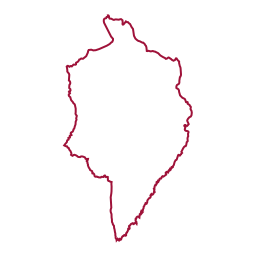 Emni Haili, Debub, Eritrea
{"feature_id": "51966322B75745826178298", "entity_name": "Emni Haili", "entity_type": "district", "adm_level": 2, "iso_a3": "ERI", "parent_name": "Eritrea", "parent_adm1": "Debub", "projection": "equal_earth", "projection_center": [38.709, 14.717], "detail": "fine", "context": "isolated", "style": "outline", "palette": "rose", "viewbox_px": 256, "rotation_deg": 0, "n_neighbors": 0, "source": "geoboundaries", "source_scale": "gbopen_adm2", "svg_char_len": 5826}
<svg xmlns="http://www.w3.org/2000/svg" viewBox="0 0 256 256"><path d="M188.7,124.1L187.4,121.3L187.2,120.7L187.3,120.1L188.0,118.8L189.3,117.3L190.8,116.5L191.5,115.2L191.8,112.7L191.5,110.9L190.6,109.3L190.5,108.8L190.8,107.6L190.7,106.6L190.0,106.0L189.5,104.9L187.8,103.9L187.7,103.4L187.7,102.3L187.2,102.0L186.4,102.3L186.0,102.1L185.2,99.7L184.7,98.9L182.3,97.7L180.1,95.4L179.1,91.9L179.0,90.6L178.5,89.4L177.6,88.7L176.5,88.2L176.3,87.1L176.5,86.0L177.0,85.0L178.8,83.9L179.3,82.9L179.4,81.7L179.3,81.1L179.9,77.1L180.3,76.8L180.9,75.4L181.0,74.4L180.6,68.6L180.4,67.3L179.8,66.0L179.1,63.0L179.1,61.5L177.8,60.3L176.5,58.4L175.9,58.4L175.0,60.0L173.5,60.7L171.8,59.8L171.2,59.1L170.0,58.4L169.4,57.8L168.4,57.5L166.7,58.7L165.7,58.8L165.1,58.1L162.9,57.0L160.3,55.4L158.2,53.2L154.8,51.5L154.1,51.5L152.8,51.0L150.8,51.4L148.3,50.8L147.4,51.1L146.8,51.0L146.4,47.3L145.9,45.8L145.3,45.2L144.5,43.8L143.1,42.6L142.5,42.7L139.8,41.3L138.3,40.9L137.1,40.1L135.4,38.6L134.0,35.8L133.0,29.0L131.5,26.9L130.1,24.1L129.1,23.4L127.9,22.1L127.0,22.2L125.9,21.4L124.4,23.4L123.4,24.5L122.8,24.6L122.6,24.4L122.5,23.5L122.7,23.1L122.5,20.3L121.2,19.2L120.3,19.2L118.8,19.7L115.9,19.4L115.0,19.5L114.0,19.9L113.4,19.8L111.2,18.7L109.8,18.7L109.6,18.6L109.1,17.6L109.0,16.4L108.7,15.8L108.4,15.4L107.9,15.4L108.0,16.3L107.7,16.9L106.6,17.0L106.1,18.2L104.6,18.6L104.1,19.1L103.8,19.9L103.8,21.4L104.1,22.8L111.1,36.6L113.0,38.8L113.0,40.1L112.3,41.8L111.1,42.6L109.7,44.0L106.8,45.7L99.3,49.0L95.7,50.2L94.3,50.3L93.4,50.4L91.2,49.7L88.7,50.0L88.2,50.9L87.8,52.7L86.2,56.2L82.9,58.8L81.2,58.5L80.2,59.3L79.3,59.5L78.7,60.7L77.8,61.8L76.1,62.7L76.0,64.4L75.5,64.7L73.5,64.6L71.8,66.4L71.1,66.0L70.3,66.1L69.7,66.7L69.4,66.8L68.1,65.9L67.4,65.9L66.7,66.6L67.0,67.8L67.3,70.0L67.3,71.6L68.9,73.6L69.3,74.8L68.9,80.5L69.8,81.2L70.1,81.9L70.3,83.1L69.9,84.3L69.4,84.9L69.2,87.4L69.3,88.2L70.3,89.1L70.5,90.4L70.0,91.4L69.6,91.2L69.1,91.4L68.9,91.8L69.3,92.3L69.6,92.4L70.0,93.3L68.8,94.4L68.8,95.5L69.0,96.0L70.3,97.2L70.8,99.1L71.2,100.2L73.1,102.4L73.3,103.1L74.6,104.2L74.9,104.9L75.7,108.6L75.7,112.1L75.5,113.8L76.0,114.8L76.7,115.6L76.8,115.9L76.3,117.9L76.2,118.6L76.5,119.4L76.4,120.0L75.7,121.6L75.5,124.5L74.8,126.3L74.4,128.0L74.2,128.6L73.5,129.3L73.2,130.7L72.7,131.6L71.0,132.6L70.7,133.3L70.8,133.8L71.3,134.4L71.5,135.1L69.8,135.7L69.7,136.3L70.0,137.1L69.9,137.5L68.4,137.9L68.4,138.3L68.7,139.0L68.6,139.5L67.2,140.4L66.8,142.2L65.3,143.9L64.2,145.4L65.5,146.1L67.1,146.4L67.6,147.6L68.6,147.9L69.4,149.8L70.5,151.1L71.3,153.0L71.4,153.9L71.0,154.8L71.4,155.2L72.6,155.8L73.6,155.0L74.5,154.8L76.1,155.4L77.1,156.0L77.6,156.6L78.7,157.0L80.1,157.1L81.1,156.4L82.7,156.5L84.8,157.3L85.2,157.8L85.5,158.7L86.0,159.0L88.0,158.9L87.8,159.9L86.7,160.8L86.7,161.3L87.5,162.1L87.5,163.5L88.0,164.4L87.9,165.3L88.8,167.6L89.5,168.5L90.2,170.1L91.9,171.0L92.2,171.3L92.3,173.0L92.4,173.4L92.8,173.5L93.3,173.3L94.2,174.2L94.6,176.1L94.8,176.4L95.9,176.8L96.8,176.5L97.5,177.0L98.0,177.0L98.8,177.4L100.7,177.5L101.3,176.9L101.7,176.8L103.4,177.0L103.8,176.7L104.1,175.8L104.6,175.5L105.1,175.6L105.3,176.7L105.9,177.1L107.0,176.8L107.8,177.0L107.9,180.1L108.4,180.9L109.6,181.2L110.2,181.7L111.6,182.0L111.4,183.8L111.6,186.6L111.5,191.4L111.3,193.5L110.7,197.3L111.3,207.7L110.7,209.6L110.6,210.9L110.8,212.2L111.5,214.1L111.6,217.6L111.9,219.3L112.0,222.0L112.7,223.4L112.9,224.5L113.9,225.7L114.2,228.4L114.5,229.1L115.0,232.3L115.3,233.3L115.4,235.8L115.7,236.4L115.6,237.9L116.5,239.4L116.6,240.2L117.6,238.9L118.2,240.0L119.1,240.6L119.4,240.4L119.2,239.1L119.6,238.8L120.1,239.1L120.5,239.7L121.1,239.5L121.7,237.7L122.3,236.6L123.0,236.0L123.5,236.1L123.8,235.8L124.1,235.1L124.4,235.0L125.6,235.7L126.1,235.4L126.1,233.4L126.5,232.8L127.1,232.5L127.2,231.7L127.8,231.0L128.0,229.9L128.3,229.5L128.2,228.6L128.6,228.3L128.9,228.3L129.3,228.9L129.6,228.6L129.5,227.0L129.0,226.3L129.1,225.9L130.2,225.2L130.9,224.1L132.6,223.2L133.1,223.3L133.4,224.1L133.7,224.1L135.4,222.6L135.7,222.7L136.6,223.8L136.7,223.3L136.4,222.6L136.4,222.1L136.3,221.6L135.8,221.2L135.5,220.2L135.6,219.5L135.9,219.3L136.0,218.9L135.8,218.5L136.4,218.1L136.6,217.8L136.6,217.3L137.4,216.6L138.8,216.5L139.0,216.6L139.1,217.4L139.4,217.6L139.8,214.1L140.1,214.0L140.8,214.4L142.2,212.7L140.9,212.7L140.9,212.2L141.5,210.5L141.9,210.5L142.4,210.9L142.8,210.6L143.1,209.1L143.6,208.1L143.7,206.6L144.3,206.0L144.7,204.8L145.4,203.8L145.6,203.1L145.9,203.2L146.1,203.9L146.5,203.8L147.2,202.4L147.3,200.8L147.6,200.1L149.1,198.2L150.1,197.8L150.7,196.8L150.7,196.2L150.4,195.6L151.0,194.4L151.4,194.1L151.6,194.8L151.9,194.9L152.8,194.5L153.4,193.8L153.9,192.4L154.6,192.2L154.6,191.8L154.1,191.5L154.0,191.1L154.5,189.8L154.4,189.3L153.9,189.0L153.8,188.6L154.5,188.0L154.6,186.4L155.1,185.3L155.4,184.8L155.9,185.1L156.8,183.6L156.5,182.3L156.6,182.0L157.0,181.8L157.9,182.3L158.2,182.1L158.1,180.6L159.1,180.6L159.3,180.3L159.3,179.4L159.5,179.0L160.1,178.5L160.8,178.3L161.0,178.5L161.6,177.8L161.8,176.9L162.5,176.2L163.4,176.6L166.2,174.6L166.1,173.9L165.7,173.2L165.7,172.7L166.5,171.9L167.1,171.9L168.0,172.6L168.3,172.1L168.5,170.8L168.8,170.3L169.4,170.2L169.7,170.5L170.1,170.2L169.6,169.5L170.1,168.6L170.9,169.0L171.6,167.1L172.0,167.2L172.2,167.6L172.9,167.1L172.9,166.3L173.8,165.0L174.6,162.0L175.6,160.2L176.4,159.9L176.8,159.3L178.1,155.2L178.5,154.9L179.7,155.6L180.0,155.5L180.2,154.8L181.1,154.3L181.3,153.6L182.1,152.9L181.4,151.8L183.1,148.4L184.1,146.9L185.1,146.1L185.7,146.1L186.2,145.1L186.7,142.2L187.6,141.3L187.7,140.9L187.5,138.5L187.7,137.3L188.2,136.3L188.0,133.8L188.5,132.3L188.4,131.7L187.8,131.2L185.6,130.7L185.0,130.1L184.8,129.5L184.9,128.7L185.4,127.3L184.6,126.4L184.3,125.9L184.3,125.5L184.9,125.0L185.4,125.0L186.5,125.9L187.2,125.9L188.7,124.1Z" fill="none" stroke="#9f1239" stroke-width="2"/></svg>